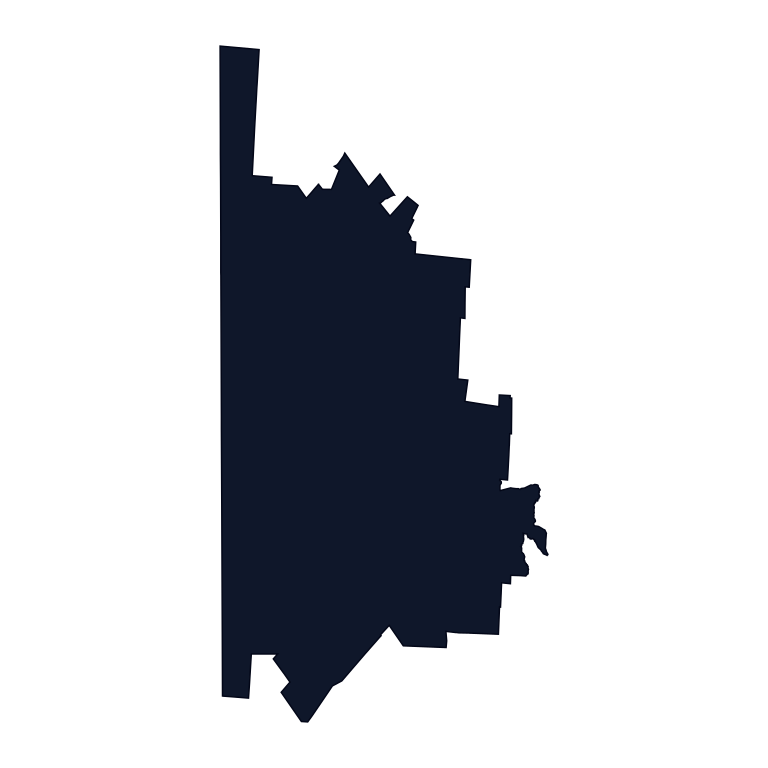 Mount Isa, Queensland, Australia (Equal Earth projection)
{"feature_id": "25037944B13114344079677", "entity_name": "Mount Isa", "entity_type": "district", "adm_level": 2, "iso_a3": "AUS", "parent_name": "Australia", "parent_adm1": "Queensland", "projection": "equal_earth", "projection_center": [139.561, -19.747], "detail": "fine", "context": "isolated", "style": "filled", "palette": "ink", "viewbox_px": 768, "rotation_deg": 0, "n_neighbors": 0, "source": "geoboundaries", "source_scale": "gbopen_adm2", "svg_char_len": 5815}
<svg xmlns="http://www.w3.org/2000/svg" viewBox="0 0 768 768"><path d="M471.1,633.1L472.6,633.2L475.8,633.3L498.4,634.2L499.5,607.0L500.5,607.1L501.1,593.8L501.3,588.9L501.6,582.8L510.4,583.7L510.7,575.3L520.5,575.6L525.8,576.0L526.3,575.2L526.6,575.1L526.8,574.8L527.0,574.1L527.4,574.1L527.8,574.1L528.1,573.5L528.2,572.7L528.1,572.2L528.2,571.8L528.1,571.5L528.0,571.2L528.0,570.9L528.2,570.6L528.2,570.2L528.3,569.9L528.3,569.7L528.5,569.4L528.3,568.8L528.1,568.4L528.1,567.9L527.9,567.5L527.9,567.1L528.1,566.8L528.1,566.5L527.9,566.2L527.5,565.8L527.5,565.4L527.3,564.9L527.1,564.8L526.7,565.2L526.4,564.9L526.3,564.7L526.4,564.2L526.2,563.8L526.2,563.5L525.9,563.3L525.5,563.1L525.3,562.7L524.8,562.0L524.9,561.2L524.6,560.7L524.3,560.6L524.0,560.6L524.1,559.7L524.1,559.2L524.3,559.0L524.2,558.3L524.5,557.8L524.7,556.7L524.4,556.0L524.2,555.5L524.1,555.1L523.6,554.2L523.4,553.7L523.0,553.4L522.8,553.3L522.4,552.8L522.1,552.5L521.8,552.3L521.7,552.0L521.6,551.3L521.6,550.5L521.6,550.4L521.6,549.5L521.7,548.7L521.6,548.1L521.4,547.9L521.5,547.6L521.4,547.1L520.8,546.7L521.1,546.4L521.2,546.2L521.4,546.0L521.7,545.5L521.6,545.3L521.4,545.2L521.4,544.7L521.5,544.4L521.5,544.1L521.9,544.1L522.1,544.0L522.6,543.7L522.8,543.5L522.8,543.4L522.8,542.8L522.8,542.6L523.0,542.2L523.4,541.2L523.5,540.7L523.6,540.1L523.6,539.5L523.8,539.2L523.8,538.9L523.6,538.4L523.6,537.5L523.5,537.3L523.5,536.6L523.5,535.9L523.7,535.4L523.5,535.1L523.5,534.7L523.3,534.3L523.3,533.8L523.2,533.3L524.7,533.8L527.0,534.0L527.3,535.0L527.4,535.4L527.5,535.7L527.6,536.1L527.7,536.3L527.8,536.4L528.1,537.5L528.7,537.4L529.7,538.0L530.1,538.8L530.8,539.0L532.0,539.0L532.6,538.5L533.4,538.8L533.7,539.1L533.9,539.7L534.3,539.7L534.6,539.8L534.8,540.1L534.7,541.0L534.8,541.3L535.1,541.5L535.5,541.9L536.9,544.5L537.5,546.0L537.9,546.8L538.0,547.1L538.3,547.6L539.5,548.7L540.9,549.9L541.0,550.1L541.2,550.7L541.6,551.2L542.0,551.7L542.4,552.2L542.5,552.3L542.8,552.5L543.0,552.6L543.0,552.8L543.1,553.5L544.3,554.2L544.5,554.2L546.9,555.2L547.1,555.4L547.9,554.6L547.6,553.6L546.9,552.6L546.6,552.1L545.7,549.0L545.3,548.6L545.7,544.2L545.8,539.9L546.1,536.6L546.1,536.4L546.2,534.9L546.2,534.6L546.4,533.3L544.8,530.0L544.6,530.0L544.4,530.0L544.2,529.7L543.1,529.2L542.2,528.6L541.9,528.4L538.6,526.5L537.1,526.2L534.5,525.9L533.9,524.9L533.7,524.8L533.6,524.6L533.7,524.3L533.6,523.5L534.3,522.3L534.9,521.6L535.2,521.7L535.3,521.6L535.4,520.8L535.1,520.3L535.1,519.7L533.6,517.3L533.7,516.7L533.9,516.5L533.9,516.3L533.9,516.1L534.0,515.1L533.7,514.7L533.6,514.3L533.5,514.1L533.5,513.8L533.6,513.7L533.7,513.8L533.7,513.4L534.1,513.1L534.0,512.8L534.1,512.6L534.2,512.3L534.1,511.9L534.0,511.6L533.9,511.3L533.9,510.9L533.9,510.5L534.0,510.4L533.9,510.2L533.9,509.9L533.9,509.7L533.9,509.4L534.1,509.0L534.2,507.8L534.3,507.6L534.2,507.2L534.2,506.7L533.9,505.8L533.7,505.6L533.8,505.0L533.7,504.5L533.9,503.8L534.3,503.9L534.4,503.6L534.6,503.5L534.6,503.1L534.6,502.8L534.7,502.5L534.9,502.5L535.0,502.8L535.2,502.7L535.4,502.5L535.5,502.0L535.7,501.8L535.6,501.4L535.6,500.9L535.8,500.8L535.9,500.6L536.0,500.4L536.2,500.6L536.7,500.8L536.9,500.9L537.3,500.7L537.6,500.9L537.8,500.7L537.7,499.4L537.7,499.1L537.8,499.0L538.3,498.9L538.7,498.8L538.8,498.4L539.0,497.6L539.3,497.1L539.8,496.5L539.8,496.3L539.2,495.2L539.0,494.8L539.1,494.4L538.9,493.8L538.9,493.7L539.0,493.2L539.0,492.7L539.3,492.2L539.2,491.7L539.0,491.3L539.1,491.0L539.5,490.7L540.0,490.3L540.1,489.7L539.5,488.7L539.1,488.3L539.0,487.9L538.7,487.7L538.4,487.5L538.4,487.1L538.2,486.8L538.2,486.0L538.0,485.3L537.3,484.9L536.0,484.6L534.6,484.5L532.8,485.2L530.9,485.0L524.4,488.1L521.2,488.5L520.0,489.5L518.5,488.7L516.3,488.7L512.0,488.2L511.8,488.1L510.6,487.9L500.3,490.6L500.1,489.9L500.0,489.6L499.9,489.1L500.0,486.7L499.9,486.1L499.9,485.7L500.3,484.7L501.3,483.2L501.3,482.3L501.2,481.7L500.9,481.5L500.4,480.8L500.1,480.8L499.6,480.2L499.8,479.3L500.6,479.3L507.5,480.0L508.3,465.3L508.4,463.1L508.8,455.8L509.2,446.1L509.3,445.6L509.7,433.7L511.4,433.8L511.6,414.8L511.7,398.1L510.0,397.9L510.2,395.6L504.8,395.3L504.7,395.3L499.3,395.0L498.9,406.7L488.9,405.2L487.4,405.0L477.3,403.4L464.9,401.4L465.2,399.0L467.8,380.1L457.8,379.0L458.4,364.5L459.1,347.9L459.6,335.3L460.4,317.8L464.9,318.4L465.0,303.3L465.2,286.8L469.2,287.2L470.7,259.8L437.7,256.3L415.1,253.9L415.7,242.4L415.7,242.0L412.4,241.6L410.7,239.9L410.8,237.4L409.0,234.2L407.6,232.6L413.7,220.1L411.7,218.6L416.6,208.6L418.1,205.4L414.9,202.8L414.8,202.7L407.4,196.8L390.0,216.1L384.1,208.7L380.1,203.7L379.8,203.3L379.7,203.2L380.1,203.1L380.5,203.0L380.9,202.7L381.4,202.2L381.9,201.7L382.9,201.0L383.5,200.4L383.9,199.9L384.5,199.4L385.4,198.8L386.5,198.5L387.4,198.4L387.8,198.1L389.1,197.3L389.9,196.8L391.3,196.1L392.7,195.5L393.1,195.2L394.0,195.1L394.5,195.1L380.0,174.0L368.6,187.1L344.8,153.1L343.4,156.2L338.5,163.3L336.8,165.1L334.3,166.3L339.3,170.1L331.5,189.4L322.4,189.3L318.5,184.3L318.5,184.2L318.4,184.2L318.0,184.9L315.0,188.3L310.9,193.1L309.4,194.8L306.3,198.3L297.6,186.0L271.5,184.5L272.0,177.3L252.2,175.7L254.7,126.4L255.3,115.5L256.5,94.4L256.8,88.5L257.3,80.9L259.1,49.6L220.1,46.1L220.4,140.7L220.4,148.4L220.4,154.3L220.6,181.3L220.8,236.8L220.8,244.1L220.8,272.4L220.9,275.5L221.4,416.6L221.4,429.1L221.8,510.1L222.3,635.4L222.5,696.0L223.2,696.1L236.3,697.1L248.5,698.1L249.5,683.6L251.3,654.0L268.5,654.0L277.6,654.0L273.3,658.9L283.5,672.9L283.6,673.0L290.0,682.1L281.2,692.3L301.4,721.5L307.7,721.9L312.1,715.8L327.8,692.7L332.4,685.9L341.8,680.9L353.2,667.6L364.9,654.0L379.5,637.4L381.1,635.7L380.5,634.8L389.2,625.3L403.3,645.8L446.1,647.5L446.7,640.9L445.9,631.4L453.1,632.2L455.6,632.5L456.6,632.5L458.6,632.8L468.1,633.0L468.9,633.0L469.3,633.0L469.7,633.1L471.1,633.1Z" fill="#0f172a" stroke="#020617" stroke-width="1.5"/></svg>